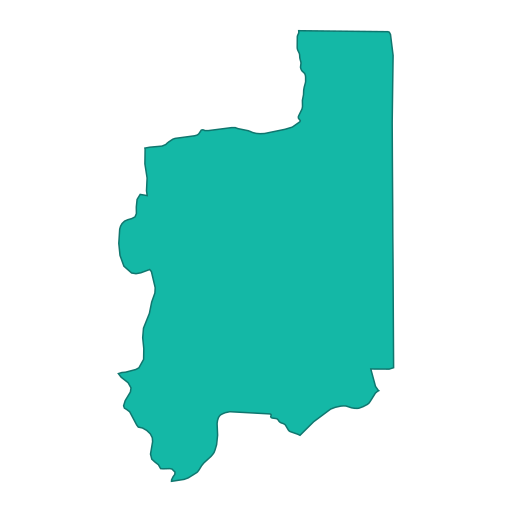 map outline of Plateaux (Albers equal-area conic projection)
{"feature_id": "TGO-86", "entity_name": "Plateaux", "entity_type": "Region", "adm_level": 1, "iso_a3": "TGO", "parent_name": "Togo", "parent_adm1": "", "projection": "albers", "projection_center": [0.996, 7.453], "detail": "fine", "context": "isolated", "style": "filled", "palette": "teal", "viewbox_px": 512, "rotation_deg": 0, "n_neighbors": 0, "source": "natural_earth", "source_scale": "10m", "svg_char_len": 2667}
<svg xmlns="http://www.w3.org/2000/svg" viewBox="0 0 512 512"><path d="M147.2,195.6L146.5,190.8L147.1,178.0L144.9,163.9L145.1,149.3L144.9,148.1L149.8,147.2L162.0,146.1L165.8,144.5L167.1,143.2L169.0,141.7L172.8,139.2L175.1,138.4L194.5,135.8L197.0,135.1L198.0,134.5L198.8,133.8L201.3,130.1L202.5,129.8L203.7,130.0L204.9,130.6L208.4,130.6L231.7,127.6L235.2,127.6L237.9,128.6L248.2,130.7L250.1,131.4L252.6,132.5L256.2,133.4L260.1,133.7L264.6,133.5L285.0,129.3L292.3,127.1L299.7,121.9L299.9,121.7L300.1,121.3L300.3,120.6L299.0,119.0L298.4,118.1L298.3,116.9L298.7,115.8L302.0,109.0L302.3,107.7L302.5,106.3L302.4,100.3L303.5,94.8L303.7,90.1L304.2,87.2L305.3,83.2L305.6,81.8L305.6,77.0L305.4,75.5L305.0,74.2L304.4,73.2L302.6,71.5L301.8,70.7L301.2,69.6L300.8,68.5L300.5,67.2L301.0,63.1L300.8,61.8L300.1,59.2L299.8,57.8L299.6,54.7L299.3,53.4L297.7,50.0L297.3,48.7L297.2,47.2L297.3,36.6L297.6,35.4L298.6,33.3L298.8,32.2L298.7,30.7L387.9,31.7L389.3,32.2L390.5,34.5L393.1,55.5L392.7,83.6L392.2,122.7L392.4,161.5L392.7,210.0L392.7,214.4L392.8,235.5L393.0,259.6L393.2,296.2L393.4,331.7L393.6,367.7L389.2,369.1L370.8,369.0L375.5,386.4L378.3,390.4L378.7,390.7L377.5,391.3L375.4,393.1L370.4,401.1L369.0,403.1L367.4,404.4L363.0,406.7L358.9,408.2L357.4,408.4L354.5,408.3L351.5,407.8L346.0,406.0L343.7,405.9L340.8,406.1L335.3,407.3L330.6,409.1L313.7,421.7L300.0,435.3L297.9,434.3L290.2,431.6L289.2,431.0L288.4,430.1L285.5,425.2L285.1,424.7L284.6,424.3L283.1,423.5L281.8,423.1L280.6,422.6L279.6,421.9L278.8,421.0L278.2,420.0L277.4,419.1L276.3,418.6L272.1,418.0L271.1,417.5L270.7,416.6L271.2,414.9L270.7,414.2L269.6,413.9L229.8,411.7L225.2,412.7L222.8,413.7L220.5,414.9L219.4,416.1L218.4,417.7L217.5,420.6L217.1,423.6L217.6,435.2L216.6,444.7L215.0,450.1L214.0,452.6L212.8,454.3L211.1,456.3L203.9,462.9L201.6,465.7L199.1,469.8L197.6,471.8L196.7,472.6L188.2,477.9L184.1,479.4L174.4,480.9L171.5,481.3L171.6,479.8L173.1,476.7L174.8,474.4L175.0,472.1L171.9,469.0L169.7,468.6L162.9,468.8L160.6,468.6L158.4,464.7L155.0,462.1L151.8,459.2L150.5,454.1L152.6,441.7L152.3,437.7L150.3,433.8L146.7,430.4L142.5,428.0L138.3,427.1L136.7,425.0L129.7,411.8L126.7,409.5L124.4,408.1L123.6,405.8L125.2,400.6L130.4,392.0L131.0,387.9L128.1,382.7L121.2,377.3L118.4,373.6L121.9,372.5L125.5,372.2L135.8,369.5L138.9,367.8L143.6,359.4L143.8,348.7L142.7,337.7L143.5,328.1L149.4,313.4L151.7,302.0L154.9,293.0L155.2,287.7L151.4,271.6L149.7,269.5L140.8,272.8L136.0,273.7L131.6,273.0L123.9,266.2L120.0,255.4L118.8,243.4L119.7,229.1L120.6,226.1L122.1,223.5L124.6,221.1L127.8,219.7L131.7,218.6L135.0,216.9L136.4,213.6L136.3,207.0L137.1,199.4L140.2,194.4L147.2,195.6Z" fill="#14b8a6" stroke="#0f766e" stroke-width="1.5"/></svg>